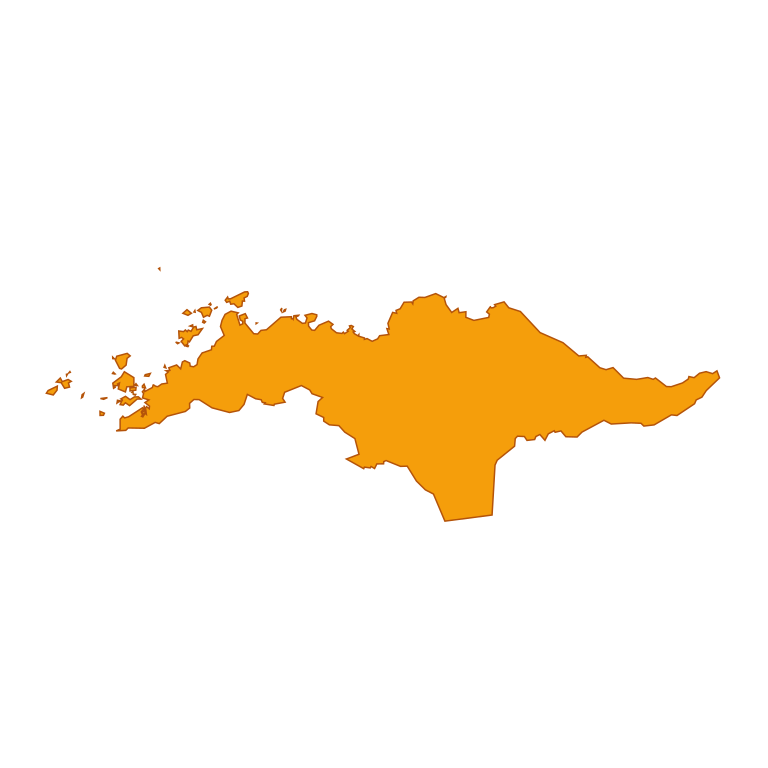 Iloilo, Iloilo, Philippines (orthographic projection), rotated 220°
{"feature_id": "2640588B17162343229623", "entity_name": "Iloilo", "entity_type": "district", "adm_level": 2, "iso_a3": "PHL", "parent_name": "Philippines", "parent_adm1": "Iloilo", "projection": "orthographic", "projection_center": [122.982, 11.053], "detail": "fine", "context": "isolated", "style": "filled", "palette": "amber", "viewbox_px": 768, "rotation_deg": 220, "n_neighbors": 0, "source": "geoboundaries", "source_scale": "gbopen_adm2", "svg_char_len": 6207}
<svg xmlns="http://www.w3.org/2000/svg" viewBox="0 0 768 768"><g transform="rotate(220 384 384)"><path d="M137.4,608.1L138.9,603.2L145.2,600.5L149.2,595.1L150.5,588.2L155.2,585.7L154.1,583.4L156.0,576.7L162.2,566.6L166.0,563.6L179.9,563.1L180.8,560.6L186.1,558.5L193.5,549.9L204.2,542.5L219.1,543.8L223.1,537.7L229.1,535.2L245.4,535.8L246.6,534.1L247.5,536.0L252.8,530.7L273.4,530.7L297.5,523.7L326.1,527.2L337.4,522.6L344.8,524.1L350.3,515.9L348.4,515.5L349.3,512.8L350.6,511.4L351.6,511.0L352.1,511.5L352.2,511.3L351.7,505.2L348.1,505.2L346.6,502.3L356.0,490.5L364.2,487.7L367.7,492.0L372.3,486.9L376.0,489.5L378.1,482.3L387.5,484.7L393.0,488.4L392.5,490.3L392.8,490.8L393.6,488.7L402.5,486.5L408.3,476.6L413.0,472.9L415.1,466.4L413.5,463.9L415.6,464.5L421.2,459.5L420.0,452.0L422.1,448.1L419.7,446.3L423.4,444.4L420.0,433.0L415.4,429.5L417.4,428.3L412.1,425.0L418.4,418.2L417.9,414.5L420.5,409.1L426.2,407.9L427.7,405.6L428.6,406.7L434.0,404.4L435.0,405.6L434.9,404.2L439.0,403.5L441.0,404.0L440.1,405.5L444.0,405.5L444.4,408.3L446.7,407.8L447.8,406.3L446.1,405.5L446.7,401.5L445.3,401.4L446.6,397.2L448.5,397.6L448.7,395.7L453.3,392.7L459.9,392.5L461.7,393.7L461.4,396.9L466.9,396.5L471.6,387.2L471.6,380.5L474.0,378.9L479.0,379.9L481.3,382.4L477.8,387.8L479.0,392.7L480.0,393.8L484.5,391.7L488.7,385.8L485.4,385.1L483.4,380.2L485.5,378.0L492.3,377.5L494.6,378.8L493.4,381.3L493.5,381.9L496.9,378.4L495.4,375.5L495.6,375.6L496.3,374.8L496.9,374.5L498.2,376.0L505.9,368.9L508.9,350.0L512.7,346.0L512.9,341.1L516.1,338.8L529.7,341.3L532.5,344.7L531.0,346.8L535.5,348.7L538.6,343.1L535.3,340.7L532.4,341.2L530.9,339.3L532.2,336.5L541.6,342.6L541.4,344.8L548.0,341.5L550.5,335.2L549.0,328.7L546.2,322.9L537.6,318.5L539.7,308.9L538.3,303.9L540.2,302.2L538.2,299.3L543.3,290.9L542.6,283.6L539.7,278.7L540.9,274.8L543.9,273.1L546.3,275.2L551.6,273.8L552.6,271.3L549.5,264.9L555.1,265.3L559.3,258.1L556.8,256.8L559.4,254.1L557.0,254.6L557.5,250.9L550.5,245.4L554.3,241.1L555.5,236.6L557.4,235.5L559.9,235.2L560.2,234.9L559.2,232.4L562.4,224.5L564.1,226.1L564.1,222.7L562.1,222.2L560.0,218.1L553.9,220.7L555.2,216.1L549.4,216.3L547.9,214.1L551.4,214.0L551.2,212.3L546.5,208.0L548.2,208.0L547.6,203.8L549.0,203.4L549.0,205.1L552.0,206.6L552.1,210.4L553.7,210.6L558.6,194.7L560.9,191.3L563.4,191.5L563.5,187.4L557.1,179.8L559.0,175.9L552.0,182.5L551.7,185.9L539.1,196.1L534.6,207.5L530.7,209.2L529.4,219.9L518.5,235.3L517.4,240.7L520.5,244.2L519.7,249.9L515.6,253.2L500.4,255.2L484.0,262.9L478.1,270.4L478.1,278.4L482.0,288.2L472.8,290.2L468.0,293.0L465.4,291.7L463.0,293.3L462.9,291.8L454.5,296.8L455.0,298.1L448.1,306.5L452.4,307.8L454.8,313.8L446.3,329.7L437.1,331.7L432.9,330.3L422.4,334.2L423.2,328.2L416.9,317.5L408.7,319.6L406.3,316.8L399.6,317.6L391.8,323.1L383.1,321.9L371.2,323.5L358.0,314.1L364.6,302.4L345.1,306.1L345.6,307.7L340.6,310.9L340.9,312.5L336.9,313.2L338.1,318.2L333.0,322.6L334.3,324.4L333.2,326.7L318.4,331.5L313.4,336.0L296.7,330.5L284.3,329.5L275.4,331.5L249.2,318.1L217.0,353.1L246.8,393.2L248.3,398.4L244.0,420.3L248.4,426.6L248.2,429.8L242.7,434.0L238.2,432.7L232.9,438.3L233.9,441.4L232.1,445.5L224.5,444.3L226.1,451.4L223.6,457.6L221.9,457.0L218.3,461.8L210.8,460.5L202.0,467.5L201.4,474.5L192.2,497.6L184.2,499.4L169.7,513.1L161.9,519.1L157.9,518.8L150.8,526.3L144.0,545.1L139.3,548.2L133.4,568.5L134.6,572.5L132.0,578.3L132.9,586.1L130.9,604.4L137.4,608.1ZM588.4,206.9L587.8,208.7L589.3,209.7L586.5,211.9L588.2,212.8L587.3,214.8L584.4,209.4L577.0,211.7L579.2,216.6L574.1,221.4L579.7,228.1L590.8,226.5L589.9,220.7L592.3,210.3L588.4,206.9ZM566.8,286.3L561.2,285.1L560.1,288.4L561.7,291.0L560.1,291.2L561.1,298.3L558.1,302.2L558.7,309.8L562.3,305.2L565.0,307.2L566.4,305.3L565.7,300.3L568.6,299.5L568.4,297.6L570.9,297.7L571.2,295.3L575.3,292.7L570.3,287.3L569.0,289.6L566.5,289.7L566.8,286.3ZM557.0,345.4L555.4,348.2L552.7,346.6L550.5,349.0L545.2,348.7L543.0,352.4L545.8,356.5L544.1,357.8L546.5,360.0L545.1,363.2L546.1,366.2L547.8,367.0L550.0,364.9L556.3,350.7L558.0,349.1L559.7,350.1L559.5,346.1L557.0,345.4ZM596.6,226.0L594.7,226.8L593.7,232.7L597.3,238.5L596.5,242.4L600.4,242.4L606.6,233.5L605.1,229.6L596.6,226.0ZM572.9,198.6L570.2,200.2L570.0,203.4L565.0,203.9L563.4,213.8L560.5,216.2L563.9,216.3L566.9,213.7L568.5,208.8L574.1,208.4L576.0,203.4L574.3,203.6L572.9,198.6ZM565.2,319.1L563.6,322.9L561.3,323.7L563.4,329.8L567.2,330.7L572.9,325.0L573.9,320.6L569.9,321.5L565.2,319.1ZM636.3,174.9L632.1,177.5L625.9,175.4L622.9,179.5L626.4,182.0L625.3,185.0L628.9,184.4L632.0,179.0L635.8,180.5L636.3,174.9ZM636.7,159.9L630.3,163.0L630.5,169.1L632.9,172.4L637.1,163.1L636.7,159.9ZM583.5,308.9L578.3,310.6L577.0,314.4L582.7,314.3L583.5,308.9ZM574.1,215.4L570.2,219.7L571.8,222.1L576.1,217.7L574.1,215.4ZM581.3,177.4L578.8,179.7L579.4,181.9L584.0,180.5L581.3,177.4ZM549.1,205.8L548.5,208.6L554.0,213.3L550.4,209.4L551.0,206.4L549.1,205.8ZM572.5,236.3L569.1,238.7L569.8,241.9L572.9,237.7L572.5,236.3ZM591.9,190.6L588.9,192.1L587.1,195.8L591.9,190.6ZM576.3,197.8L575.8,199.6L574.6,201.9L577.7,200.2L576.3,197.8ZM562.6,314.7L560.9,315.1L560.7,316.9L563.4,316.7L562.6,314.7ZM607.9,183.9L608.4,181.8L606.8,179.0L606.4,180.3L607.9,183.9ZM566.7,226.0L564.2,227.7L567.7,229.6L567.8,227.1L566.7,226.0ZM569.9,303.7L567.2,304.9L568.6,306.3L569.9,303.7ZM574.1,223.0L572.0,224.3L574.2,224.8L574.1,223.0ZM570.5,282.2L568.0,282.2L567.5,283.7L570.5,282.2ZM507.5,374.4L506.6,376.3L507.3,378.0L508.0,376.9L507.5,374.4ZM510.8,374.3L509.5,373.9L511.1,376.5L510.8,374.3ZM561.2,336.3L562.5,332.1L561.1,334.6L561.2,336.3ZM598.7,217.5L596.6,218.6L596.4,218.9L598.9,219.0L598.7,217.5ZM569.2,332.6L567.5,332.9L567.5,333.6L568.9,334.3L569.2,332.6ZM570.0,214.7L567.4,215.6L567.5,216.4L570.0,214.7ZM609.1,230.2L608.1,229.1L606.7,230.0L609.1,230.2ZM630.8,327.6L629.2,327.4L630.4,328.7L630.8,327.6ZM563.9,257.4L563.2,255.4L561.5,256.1L563.9,257.4ZM633.5,187.3L632.5,186.4L632.8,188.2L633.5,187.3ZM559.4,286.0L558.2,286.6L558.3,287.5L559.3,287.4L559.4,286.0ZM576.1,318.7L575.9,317.0L574.8,317.6L576.1,318.7ZM571.3,216.7L571.6,215.5L570.5,215.9L571.3,216.7ZM631.8,191.3L632.6,191.6L632.6,189.9L631.8,191.3ZM520.4,349.1L521.2,348.6L520.7,348.0L520.4,349.1Z" fill="#f59e0b" stroke="#b45309" stroke-width="1.5"/></g></svg>